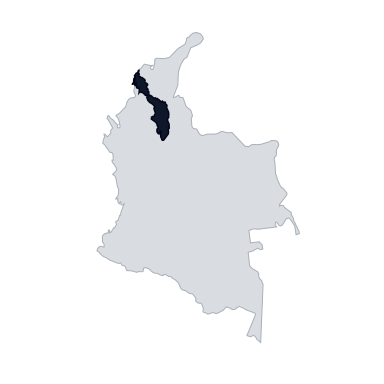 Bolívar on a map of Colombia (Robinson projection), rotated 353°
{"feature_id": "COL-1413", "entity_name": "Bolívar", "entity_type": "Department", "adm_level": 1, "iso_a3": "COL", "parent_name": "Colombia", "parent_adm1": "", "projection": "robinson", "projection_center": [-74.836, 8.903], "detail": "fine", "context": "in_parent", "style": "filled", "palette": "ink", "viewbox_px": 384, "rotation_deg": 353, "n_neighbors": 0, "source": "natural_earth", "source_scale": "10m", "svg_char_len": 8859}
<svg xmlns="http://www.w3.org/2000/svg" viewBox="0 0 384 384"><g transform="rotate(353 192 192)"><path d="M218.9,45.0L215.3,46.7L208.3,48.7L203.5,57.6L200.2,59.2L196.2,64.5L193.2,71.0L190.9,84.3L185.0,95.5L185.5,96.0L187.8,95.5L190.1,94.3L190.9,94.7L191.7,96.7L194.5,97.1L196.6,106.3L200.8,110.9L201.2,112.7L201.8,116.5L200.3,118.8L199.9,127.1L201.2,129.2L204.3,130.1L206.4,135.2L207.7,136.5L209.6,137.3L214.1,136.4L222.3,137.3L224.2,137.2L228.8,135.4L234.7,137.6L239.0,137.9L250.7,153.7L251.9,153.2L253.4,154.1L256.4,152.5L258.9,152.2L262.3,153.0L266.7,153.0L275.6,151.4L276.9,150.5L281.7,151.4L283.2,152.6L283.9,155.5L283.3,157.3L281.7,159.2L280.7,161.5L280.6,164.4L279.7,166.5L278.1,167.8L277.5,169.8L277.9,172.4L277.1,184.3L277.7,185.2L278.3,190.1L280.3,196.4L281.3,198.2L283.0,199.7L286.2,204.9L285.5,206.7L277.5,214.8L277.1,216.7L278.6,215.9L281.1,216.7L281.9,218.7L287.9,224.3L287.8,226.5L289.5,230.8L289.2,231.7L293.4,243.9L293.5,246.4L290.1,247.1L289.9,239.0L289.5,237.3L285.6,230.1L284.7,229.5L282.1,230.3L277.8,235.7L275.8,236.5L274.2,235.7L272.6,232.6L271.5,232.0L270.5,234.6L271.8,237.0L252.7,237.0L248.9,236.0L243.8,237.2L243.8,249.5L252.8,249.7L255.3,253.2L255.1,256.1L255.5,257.1L253.3,257.7L250.2,255.8L244.6,258.1L240.4,258.6L240.2,272.2L242.6,275.6L247.5,279.2L248.2,281.7L247.8,284.0L249.0,286.9L250.5,288.5L250.5,290.2L251.3,292.2L241.8,349.8L238.5,346.2L237.2,343.1L235.6,341.8L232.4,342.8L229.0,341.2L240.0,321.6L239.7,319.9L230.5,315.1L229.5,313.9L225.1,311.4L222.7,312.1L221.3,313.4L218.0,313.8L215.2,311.7L212.0,310.3L208.1,313.6L207.0,313.6L204.2,315.0L201.3,315.6L197.4,314.1L194.3,315.1L192.1,314.9L191.3,313.9L188.6,312.7L188.3,311.4L189.1,309.0L187.9,304.2L187.4,303.4L185.3,303.3L182.9,301.6L182.4,300.6L182.9,298.7L182.5,297.0L180.1,293.2L176.7,292.2L173.5,289.0L170.3,287.9L168.9,285.7L167.5,280.6L164.2,276.6L161.8,275.2L161.1,273.4L158.7,273.1L155.4,270.5L154.0,270.4L153.0,271.6L150.0,270.3L147.4,268.4L144.8,267.9L143.0,266.7L139.9,263.0L136.5,261.3L134.5,261.9L133.9,264.6L132.7,265.1L128.8,264.4L128.2,265.0L127.2,264.9L122.4,262.9L117.7,262.1L116.5,257.5L113.5,255.9L112.6,253.7L110.4,254.0L102.4,249.8L99.0,246.9L96.2,245.3L93.2,242.0L92.7,240.7L90.5,238.8L91.6,236.4L94.3,234.6L98.0,236.0L98.4,233.2L97.1,230.7L97.7,225.0L98.7,223.7L100.6,222.6L101.9,223.0L102.7,222.1L105.6,222.5L106.5,222.1L108.7,219.8L109.7,218.0L110.7,218.2L113.1,215.1L112.7,212.0L115.0,211.3L117.4,206.3L118.4,206.2L118.9,203.8L123.1,195.5L121.6,196.5L119.9,195.9L120.2,193.1L119.7,192.8L118.4,194.9L117.2,192.7L117.5,189.2L115.6,189.8L115.7,189.0L118.4,186.3L119.6,180.2L118.7,178.0L118.1,168.8L117.7,167.1L115.4,164.8L118.9,162.1L120.2,160.2L118.6,156.1L116.5,152.7L116.5,150.6L117.7,150.8L118.2,145.1L117.1,142.9L115.6,142.9L111.0,134.5L109.4,132.7L110.6,128.7L112.0,126.9L111.7,123.8L112.6,124.0L114.6,126.8L115.4,126.4L118.6,123.7L118.7,121.2L121.1,118.7L117.6,110.1L116.5,108.7L117.9,105.9L118.7,106.1L120.1,108.8L122.3,110.6L125.5,115.4L126.9,116.4L125.9,117.5L125.7,118.6L126.1,119.3L128.0,119.4L128.7,118.1L128.2,112.3L127.4,109.3L125.8,107.3L126.3,106.4L129.6,105.0L136.5,99.4L138.8,94.2L140.6,92.3L142.7,91.1L145.2,91.3L147.1,90.7L147.7,89.0L146.4,85.4L147.9,80.4L147.8,77.9L148.8,76.4L148.5,75.8L146.0,77.6L148.5,74.1L150.3,68.7L160.3,59.3L166.8,61.6L168.9,61.4L166.2,62.6L165.8,64.0L166.7,65.4L167.7,65.8L168.6,64.9L170.7,59.4L171.1,56.3L172.0,55.3L173.4,54.9L179.7,56.2L185.8,55.8L195.6,47.9L203.0,44.5L204.8,41.3L205.3,38.9L206.7,37.9L208.1,37.9L208.9,36.6L212.3,34.5L216.0,34.2L219.8,36.1L221.6,39.3L221.9,41.5L218.9,45.0ZM105.7,221.5L105.3,221.9L104.4,221.1L104.1,220.2L104.6,219.5L105.3,219.7L105.7,221.5Z" fill="#d9dde1" stroke="#a8b0b8" stroke-width="1"/><path d="M148.1,78.5L148.0,78.2L147.9,77.9L148.1,77.6L148.3,77.5L148.6,77.0L148.8,76.7L148.8,75.9L148.9,75.7L148.4,76.1L147.7,76.6L147.0,77.4L146.4,77.8L146.0,77.7L146.3,77.1L147.0,76.6L147.3,76.2L147.5,75.8L147.5,75.6L147.5,75.3L147.5,75.2L147.9,75.2L147.8,74.9L147.8,74.7L148.0,74.9L148.4,74.8L149.0,74.4L149.2,74.2L149.2,73.8L149.1,73.3L149.0,72.9L148.9,72.9L148.8,73.0L148.7,72.8L148.6,72.3L148.4,72.6L148.1,72.7L148.3,72.1L148.7,71.9L148.8,71.8L149.2,71.2L149.4,71.0L149.3,71.4L149.1,71.8L149.1,72.1L149.3,72.2L149.5,72.1L149.6,71.7L149.7,71.2L149.6,70.8L149.5,70.7L149.3,70.7L149.4,70.3L149.4,69.8L149.3,69.7L149.1,69.6L149.1,69.4L149.3,69.2L149.6,69.1L149.8,69.0L150.0,68.9L150.2,68.7L150.1,68.4L150.4,68.1L150.6,68.1L150.7,67.9L150.8,67.9L150.9,67.7L151.0,67.5L151.0,67.4L151.6,67.2L152.6,66.8L152.8,66.7L153.0,66.4L153.1,66.2L153.4,66.3L153.5,66.3L153.4,66.6L153.5,66.8L153.4,67.1L153.4,67.3L153.4,67.5L153.9,68.0L154.0,68.4L154.0,68.8L153.9,68.9L153.9,69.0L153.7,69.1L153.5,69.3L153.5,69.5L153.3,70.2L153.4,70.5L153.5,70.8L153.6,71.0L154.3,71.1L154.8,71.2L154.9,71.3L154.8,71.6L155.1,71.8L155.5,72.7L156.5,72.4L157.2,73.3L157.6,73.4L158.0,73.8L159.1,75.2L159.0,75.5L158.9,76.1L158.7,76.7L158.6,77.1L158.7,77.7L158.9,77.9L159.2,78.0L159.5,78.3L160.1,78.4L160.2,78.5L160.5,78.8L160.7,79.4L160.7,79.5L161.0,79.6L161.0,79.8L161.0,80.3L160.9,80.6L160.7,80.7L160.1,81.1L159.9,81.2L159.8,81.5L159.8,81.9L159.8,82.7L159.8,83.1L160.0,83.5L160.7,84.3L160.8,84.7L160.8,85.1L160.6,85.5L160.6,85.8L160.6,86.2L160.7,86.5L161.2,86.9L161.4,87.3L161.4,87.5L161.2,88.3L161.0,90.0L161.1,90.7L161.6,90.6L162.0,91.3L162.3,91.2L162.5,91.1L162.9,91.2L163.0,91.4L163.1,91.6L163.2,91.8L163.4,91.8L163.5,91.8L163.8,92.0L164.0,92.3L164.0,92.5L164.2,92.8L164.9,93.4L165.1,93.7L165.3,94.3L165.4,94.5L165.5,94.6L165.9,94.7L166.0,94.5L166.2,94.3L166.4,94.1L166.7,94.1L167.2,94.1L167.3,94.3L167.4,94.8L167.5,94.9L167.7,95.0L167.9,95.0L168.0,94.9L168.5,94.8L168.9,95.0L169.2,95.2L169.4,95.4L169.4,95.9L169.5,96.1L170.1,96.1L170.4,96.3L170.9,97.1L171.1,97.4L171.8,97.9L172.0,98.1L171.9,98.3L172.3,98.5L172.9,98.7L173.4,98.6L173.7,98.2L173.9,98.4L174.1,98.6L174.2,98.8L174.1,99.1L174.7,99.4L176.1,99.5L176.5,99.7L176.3,100.3L176.4,100.8L176.6,101.3L176.8,101.7L177.4,102.3L177.6,102.7L177.7,103.2L177.6,103.6L177.3,104.3L177.2,104.7L177.2,106.0L177.3,106.3L177.5,106.5L177.7,106.9L177.8,107.2L177.8,107.8L177.9,108.3L178.3,109.0L178.4,109.4L178.5,110.8L178.4,111.1L178.3,111.4L178.3,111.5L178.5,111.9L178.5,112.0L178.3,112.3L178.3,113.0L178.2,113.2L178.1,113.6L178.0,113.8L177.8,114.0L177.9,114.4L178.0,114.9L178.0,115.1L177.8,115.3L177.6,115.4L177.5,115.5L177.2,115.9L176.8,116.1L176.7,116.7L176.5,117.3L176.5,117.7L176.5,118.0L176.8,119.1L176.8,119.3L177.0,120.4L177.2,120.6L177.3,120.8L177.5,121.9L177.5,122.3L177.3,123.4L177.3,123.6L177.2,123.8L177.4,124.3L177.2,124.9L177.2,125.5L177.2,125.8L176.9,125.9L176.9,126.1L176.0,127.4L175.9,127.7L175.9,128.4L175.9,128.6L176.1,128.9L176.1,129.1L176.1,129.3L175.9,129.8L175.7,130.6L175.6,131.4L170.2,137.1L169.9,137.1L169.4,137.1L169.1,137.1L168.7,136.9L168.5,136.6L168.4,135.8L168.2,135.2L168.1,134.6L167.8,133.9L167.7,133.3L167.7,132.8L167.8,132.2L167.8,131.4L167.7,131.0L167.8,130.6L167.9,130.3L168.4,129.7L168.5,129.3L168.6,128.9L168.3,127.8L167.7,128.4L167.5,128.7L167.2,129.6L167.0,129.9L166.6,130.2L166.3,130.3L166.0,130.2L165.6,129.8L165.0,129.1L164.7,128.2L164.6,127.7L164.6,127.1L164.9,125.6L165.1,125.1L165.4,124.8L165.8,124.6L166.1,124.2L166.4,123.7L166.4,123.4L166.3,123.1L165.9,122.8L165.7,122.5L165.6,121.9L165.4,120.0L165.2,119.5L165.0,119.3L164.7,118.8L164.4,118.2L160.5,114.6L160.6,114.3L160.6,114.0L160.7,113.9L161.1,113.4L161.0,112.8L161.4,112.8L161.9,112.3L162.1,112.2L162.6,112.3L163.1,112.3L163.5,112.1L163.8,111.9L164.1,111.5L164.2,111.1L164.3,110.6L164.6,110.5L164.8,110.5L165.0,110.3L165.2,109.6L165.2,109.4L165.2,109.0L165.1,108.4L165.0,107.8L165.0,107.4L164.8,107.1L164.7,106.6L164.4,104.4L164.5,104.0L164.9,103.6L165.2,103.1L165.4,102.9L165.4,102.7L165.1,102.3L164.2,100.8L163.4,99.9L161.8,98.5L161.4,98.3L160.7,97.8L160.0,96.4L159.7,96.1L159.4,95.9L159.3,95.7L159.3,95.4L159.3,95.2L159.1,94.4L158.9,93.8L158.8,93.5L158.8,93.2L158.9,92.9L158.7,92.6L158.8,92.5L159.1,91.6L159.4,91.1L159.4,90.9L159.2,90.8L158.9,90.6L158.7,90.3L158.4,90.4L158.0,90.5L157.7,90.5L157.4,90.3L157.3,90.2L157.6,89.2L157.1,89.0L156.6,89.0L156.4,88.8L155.7,88.1L155.4,87.6L154.7,87.0L154.5,86.9L154.3,86.9L154.1,87.0L153.8,86.9L153.3,86.5L153.0,86.4L152.8,86.4L152.6,86.5L152.2,86.9L151.8,86.8L151.5,87.1L151.7,86.3L151.8,86.0L151.9,85.4L151.9,85.1L152.1,84.5L152.1,84.2L152.1,83.7L152.2,83.1L152.3,82.8L152.3,82.5L152.0,82.5L151.7,82.6L150.2,82.1L149.8,81.9L149.7,81.7L150.0,81.1L150.0,80.9L149.9,80.4L149.9,80.2L149.8,79.5L149.5,79.6L149.3,79.7L149.0,79.7L148.9,79.6L148.8,79.4L148.9,79.1L149.7,77.6L148.1,78.5ZM153.9,65.8L153.9,65.7L153.7,66.0L153.3,65.9L153.2,65.6L153.3,65.2L153.9,65.0L154.0,64.9L154.0,65.1L154.1,65.5L153.9,65.8ZM148.0,73.3L148.2,73.1L148.3,73.2L148.5,73.3L148.8,73.4L148.8,73.6L148.7,73.9L148.3,73.8L148.2,73.9L148.1,74.1L147.9,74.2L147.8,73.7L148.0,73.3Z" fill="#0f172a" stroke="#020617" stroke-width="1.5"/></g></svg>